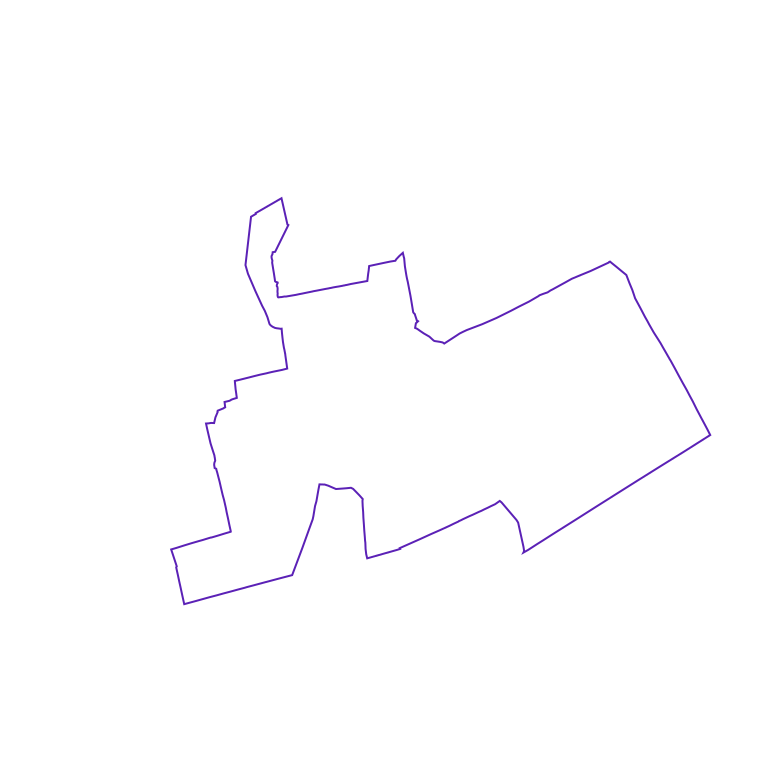 Teoloyucan, México, Mexico (Equal Earth projection), rotated 65°
{"feature_id": "50627088B68234574802161", "entity_name": "Teoloyucan", "entity_type": "district", "adm_level": 2, "iso_a3": "MEX", "parent_name": "Mexico", "parent_adm1": "México", "projection": "equal_earth", "projection_center": [-99.177, 19.758], "detail": "fine", "context": "isolated", "style": "outline", "palette": "violet", "viewbox_px": 768, "rotation_deg": 65, "n_neighbors": 0, "source": "geoboundaries", "source_scale": "gbopen_adm2", "svg_char_len": 5097}
<svg xmlns="http://www.w3.org/2000/svg" viewBox="0 0 768 768"><g transform="rotate(65 384 384)"><path d="M261.5,461.4L267.4,461.1L271.9,461.3L274.2,461.4L278.4,462.0L281.1,462.4L282.5,462.1L283.6,461.6L285.0,460.8L286.7,459.4L287.0,459.2L288.2,457.6L288.8,456.6L290.3,454.3L290.6,453.4L295.2,455.1L299.0,456.4L303.2,457.8L308.2,459.2L308.5,459.3L310.9,459.8L312.4,460.2L313.7,460.5L314.2,460.7L314.6,460.7L316.1,461.2L317.0,461.5L320.3,462.5L329.1,465.2L328.9,466.4L328.1,470.6L326.2,478.5L325.7,480.7L325.3,482.6L325.0,484.0L324.7,485.7L323.2,492.2L322.1,497.8L321.2,502.6L321.0,503.7L319.8,509.9L319.1,513.5L318.2,517.9L319.2,518.3L322.1,519.3L326.0,520.7L330.0,521.9L332.2,522.6L333.6,523.0L334.4,523.3L334.0,526.1L333.8,527.7L333.7,529.2L333.9,529.8L333.9,531.3L333.3,534.2L332.9,536.1L338.0,537.8L338.0,538.9L338.2,539.7L338.2,540.1L337.9,546.0L338.8,546.7L339.2,546.7L342.3,550.1L342.9,550.8L347.6,554.5L346.2,557.2L345.5,559.7L344.6,562.0L349.8,563.2L355.0,564.3L360.2,565.4L364.5,566.3L369.8,567.0L377.0,567.9L378.7,568.4L378.9,568.4L382.2,569.4L382.3,569.5L382.8,570.1L383.7,571.0L384.9,571.8L386.1,572.3L387.3,572.6L388.6,573.0L389.9,571.9L391.7,572.3L392.6,572.4L393.9,572.6L399.8,573.7L403.1,574.3L409.1,575.6L416.3,577.1L421.6,578.0L429.4,579.7L433.7,580.8L440.0,582.2L446.3,583.7L452.6,585.1L453.1,585.3L453.1,585.5L452.1,592.1L451.2,598.7L450.2,605.3L450.0,605.6L449.7,607.5L449.2,611.1L448.9,613.3L448.7,614.7L448.2,617.6L447.8,620.2L446.9,626.0L445.9,633.1L444.8,641.6L444.0,646.8L461.7,648.9L462.3,649.8L464.4,650.3L470.3,651.6L476.3,653.0L482.2,654.3L490.1,656.1L499.1,658.1L501.1,646.6L502.3,639.4L503.5,632.2L504.8,625.1L506.0,617.9L507.3,610.7L508.5,603.6L509.8,596.4L510.1,594.3L511.6,585.9L513.5,575.1L513.7,574.1L515.8,562.2L517.1,555.1L518.4,548.0L508.4,537.8L498.1,527.3L497.9,527.1L484.2,513.5L476.5,505.8L474.0,503.9L465.5,498.1L461.7,494.8L456.8,491.4L451.8,487.9L447.7,484.9L450.1,480.2L452.6,477.5L458.9,471.9L462.5,462.4L462.6,462.1L464.1,457.8L466.0,456.3L469.4,455.1L474.6,453.3L479.3,451.9L480.8,452.9L485.6,454.9L491.2,457.0L496.5,459.2L503.6,461.9L508.2,463.7L514.7,466.1L517.8,467.3L520.0,468.0L525.7,470.4L530.9,472.1L534.9,472.9L539.8,442.7L540.3,439.1L539.7,439.1L539.4,439.1L539.6,428.0L539.8,417.1L539.9,404.5L540.1,395.6L540.2,384.6L540.1,380.3L540.1,374.8L540.1,374.5L539.9,374.1L540.0,372.2L539.9,369.7L539.9,367.1L539.9,364.6L539.9,362.1L540.0,359.4L540.0,357.0L540.0,354.4L540.0,352.0L540.1,349.3L540.0,346.7L540.0,344.3L540.0,341.9L539.9,338.9L539.9,334.1L538.9,328.5L541.0,327.5L563.2,321.4L566.3,321.0L590.5,326.4L594.6,327.6L595.7,328.9L595.3,323.6L593.8,312.8L592.9,305.6L591.9,298.2L591.1,292.1L588.0,267.6L584.8,243.1L581.7,218.8L578.6,194.4L575.3,167.6L572.1,140.8L570.1,125.3L568.1,109.9L562.0,110.1L556.0,110.4L549.0,110.8L539.0,111.3L534.6,111.4L530.3,111.5L523.7,111.9L517.2,112.2L509.4,112.8L501.6,113.3L492.6,113.8L483.5,114.4L482.5,114.6L481.8,114.6L480.4,114.7L479.6,114.8L474.7,115.2L469.1,115.7L463.8,116.1L459.9,116.6L452.4,117.6L450.7,117.8L442.1,118.5L438.3,118.7L433.4,119.1L424.4,119.5L419.1,119.8L412.4,120.2L408.2,119.7L403.6,119.2L396.3,118.9L387.6,118.3L381.8,121.1L376.1,123.8L370.4,126.6L368.6,127.4L368.5,128.3L368.9,128.9L368.9,135.6L368.9,142.3L368.9,149.1L368.4,159.4L368.0,169.3L368.5,176.1L369.0,183.6L369.5,191.1L369.6,193.7L370.1,197.0L369.6,201.5L369.3,205.6L369.6,206.7L370.6,217.8L370.9,229.1L371.3,237.7L371.5,245.9L371.7,254.1L371.5,262.0L371.3,269.8L370.7,278.0L370.1,286.2L370.1,287.7L370.1,290.2L370.2,294.1L370.8,298.1L371.5,303.0L372.8,312.3L372.5,312.5L371.9,312.8L371.1,313.3L370.2,314.5L369.5,315.4L366.5,319.9L365.7,320.6L363.1,321.7L361.6,322.3L360.2,322.9L354.9,326.6L351.2,328.8L348.2,330.5L347.2,331.3L346.3,332.1L342.4,329.4L342.1,328.3L341.5,326.6L341.0,326.9L341.1,327.2L341.0,327.4L340.7,327.5L338.9,327.2L335.4,326.8L334.6,326.7L333.8,326.5L332.5,327.0L331.3,327.2L330.2,326.9L320.2,324.1L315.1,322.7L308.3,321.0L301.5,319.3L298.1,318.6L295.3,317.9L291.7,316.9L286.1,315.3L278.6,312.6L276.8,312.3L274.5,311.8L273.1,311.5L274.5,316.1L275.9,319.6L276.2,320.3L277.1,321.6L275.7,326.5L274.3,332.4L271.8,343.2L270.8,347.6L271.4,348.0L272.5,348.6L272.9,348.9L274.3,349.7L277.3,351.7L283.6,355.6L279.7,370.5L279.4,371.6L278.5,375.8L278.1,377.2L278.0,377.9L277.6,379.3L277.5,379.9L276.8,382.6L276.6,383.4L275.8,386.2L275.0,389.2L274.4,391.9L274.1,392.9L273.9,393.9L273.2,396.5L272.6,398.9L270.9,405.7L270.0,409.1L270.0,409.4L268.1,417.3L267.7,419.0L267.5,419.9L266.7,423.0L266.0,426.1L263.3,435.9L262.6,437.4L261.9,440.1L261.5,441.1L261.2,442.1L260.8,443.2L260.3,443.4L259.2,443.2L258.2,442.8L256.8,442.0L256.0,441.8L254.8,441.3L253.4,440.5L252.6,440.1L251.3,439.7L250.7,439.6L250.1,439.8L249.1,439.4L248.0,438.4L247.5,437.6L247.0,437.5L246.3,438.2L245.8,438.8L245.4,439.1L244.7,439.3L242.9,438.7L237.1,437.0L232.8,435.8L226.8,434.1L225.0,433.0L222.8,432.7L221.2,432.2L220.3,431.6L219.3,430.3L217.5,429.2L218.2,426.8L199.5,403.5L198.6,404.1L172.3,398.4L174.9,428.1L175.7,428.3L176.2,433.8L217.7,459.3L226.6,460.7L245.6,461.3L261.5,461.4Z" fill="none" stroke="#5b21b6" stroke-width="2"/></g></svg>